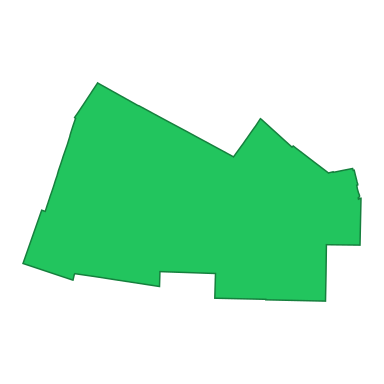 Grivita, Ialomita, Romania
{"feature_id": "2599482B1434149034356", "entity_name": "Grivita", "entity_type": "district", "adm_level": 2, "iso_a3": "ROU", "parent_name": "Romania", "parent_adm1": "Ialomita", "projection": "equal_earth", "projection_center": [27.323, 44.721], "detail": "fine", "context": "isolated", "style": "filled", "palette": "green", "viewbox_px": 384, "rotation_deg": 0, "n_neighbors": 0, "source": "geoboundaries", "source_scale": "gbopen_adm2", "svg_char_len": 1905}
<svg xmlns="http://www.w3.org/2000/svg" viewBox="0 0 384 384"><path d="M265.8,299.8L325.5,301.1L326.0,274.6L326.4,244.7L360.0,245.1L361.0,198.2L360.7,198.2L358.5,199.2L358.3,198.5L358.3,198.2L358.2,197.9L358.8,197.3L359.1,197.1L359.4,196.8L359.4,196.7L359.5,196.5L359.5,195.4L359.2,194.6L358.9,193.8L358.5,192.9L357.6,189.7L357.3,188.5L356.7,185.2L357.6,185.0L357.8,184.9L357.6,183.5L357.4,183.1L357.3,182.8L357.0,182.1L356.9,181.3L356.9,181.2L355.7,176.4L355.5,175.7L354.2,170.2L353.2,170.4L352.6,168.5L342.9,170.4L335.1,172.0L333.2,172.3L333.2,172.2L333.1,171.8L328.6,172.9L328.5,173.0L328.1,172.7L323.8,169.4L314.3,162.2L302.6,153.2L295.5,147.8L295.4,147.7L293.2,146.0L292.0,147.1L289.4,144.8L283.0,139.0L276.4,133.0L271.2,128.3L266.7,124.2L261.4,119.4L260.4,118.7L255.1,126.8L254.8,127.1L254.6,127.2L254.2,127.9L253.6,128.8L253.2,129.3L251.0,132.4L247.4,137.6L247.1,138.1L246.9,138.3L246.7,138.6L245.8,139.8L242.7,144.3L241.7,145.6L233.5,156.9L233.4,156.8L220.9,150.0L195.9,136.5L186.2,131.2L185.8,131.0L168.2,121.6L152.8,113.3L139.0,105.8L137.7,105.4L134.7,103.7L132.0,102.2L99.1,83.8L97.6,82.9L97.4,83.3L92.4,90.8L89.9,94.7L89.8,94.8L82.9,105.3L82.6,105.7L77.4,113.5L75.4,116.3L74.6,117.6L75.6,118.3L75.4,118.7L75.0,120.1L74.1,122.6L72.9,126.1L72.5,127.4L70.8,132.7L70.0,135.5L69.9,136.3L68.8,139.7L67.6,143.7L67.1,145.2L63.0,156.9L62.5,158.6L60.7,164.1L58.5,170.5L57.0,175.9L55.6,179.9L54.8,182.4L54.4,183.8L53.4,186.9L52.8,188.7L51.9,191.4L50.8,194.5L50.3,195.9L49.9,197.1L49.4,198.8L48.6,201.0L48.1,202.7L46.9,206.2L46.1,208.8L45.2,211.4L41.7,210.2L23.0,263.5L72.5,280.0L73.0,280.1L73.6,277.5L73.9,276.2L74.3,274.4L74.5,274.2L74.9,274.0L75.1,273.9L75.1,273.7L92.3,276.2L93.1,276.3L99.0,277.2L117.0,280.0L159.5,286.5L159.8,276.3L159.9,271.6L215.5,273.5L215.4,276.5L215.4,277.6L215.3,279.1L215.3,280.8L214.8,298.2L265.8,299.3L265.8,299.8Z" fill="#22c55e" stroke="#15803d" stroke-width="1.5"/></svg>